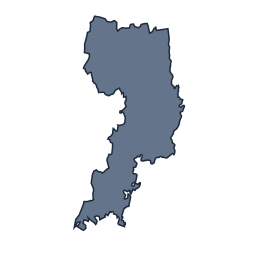 North Kazakhstan, Equal Earth projection, rotated 97°
{"feature_id": "KAZ-3204", "entity_name": "North Kazakhstan", "entity_type": "Region", "adm_level": 1, "iso_a3": "KAZ", "parent_name": "Kazakhstan", "parent_adm1": "", "projection": "equal_earth", "projection_center": [70.634, 53.821], "detail": "fine", "context": "isolated", "style": "filled", "palette": "slate", "viewbox_px": 256, "rotation_deg": 97, "n_neighbors": 0, "source": "natural_earth", "source_scale": "10m", "svg_char_len": 5883}
<svg xmlns="http://www.w3.org/2000/svg" viewBox="0 0 256 256"><g transform="rotate(97 128 128)"><path d="M99.9,74.7L104.5,75.8L105.2,76.5L105.6,77.5L106.2,78.2L107.2,77.9L109.5,76.4L110.1,76.3L113.8,77.4L118.9,77.9L122.3,79.3L123.0,79.8L125.1,81.9L125.9,82.2L128.0,82.4L129.0,82.7L132.6,84.4L133.0,84.4L133.5,84.1L134.4,83.1L134.9,82.8L137.2,82.2L137.5,82.0L137.6,81.3L137.9,80.8L139.0,79.5L139.5,79.4L141.6,80.0L142.2,80.0L143.3,79.6L143.8,79.2L144.9,78.7L146.3,78.6L147.8,78.8L148.9,79.2L148.1,80.1L147.9,80.7L148.2,81.2L152.6,85.3L153.1,86.2L153.0,88.1L152.5,89.6L153.0,90.4L152.5,91.2L152.3,91.8L152.3,92.4L152.5,92.8L153.4,93.6L153.6,94.1L153.5,95.0L153.8,96.1L154.9,96.9L156.3,97.4L157.3,97.6L158.4,97.6L159.0,97.7L159.5,98.0L160.4,99.1L160.7,99.7L160.7,100.5L160.3,100.9L159.8,101.2L158.4,101.5L157.6,102.0L157.4,102.9L157.6,105.3L157.5,105.7L157.6,105.8L158.1,106.2L158.2,106.6L158.1,107.7L158.2,107.9L158.8,108.2L158.9,108.3L158.8,111.0L156.8,111.2L154.8,110.5L153.8,110.5L153.2,110.8L153.0,111.4L153.1,112.6L154.8,112.6L155.1,112.8L155.2,113.3L155.2,114.1L155.1,114.9L154.9,115.3L155.9,115.7L156.3,116.0L157.5,117.7L158.0,118.1L158.6,118.1L159.5,117.6L160.2,117.0L161.6,115.2L162.2,114.8L163.0,114.9L163.8,115.2L164.7,115.4L165.5,115.4L165.7,115.5L166.1,116.2L166.4,117.8L167.0,117.8L168.3,117.3L168.9,117.2L170.0,117.8L170.9,117.9L172.5,117.1L172.7,116.6L172.6,115.2L172.6,114.5L172.9,113.9L173.3,113.5L173.9,113.3L179.0,113.7L179.7,113.8L180.2,114.0L180.7,114.4L182.2,116.6L182.8,117.1L183.6,117.3L184.3,117.2L184.9,117.0L185.2,116.4L185.1,115.5L184.7,115.0L183.1,114.7L182.4,114.4L181.9,114.1L181.9,113.5L182.1,112.8L182.9,111.2L182.6,110.9L181.1,110.1L180.8,109.8L180.8,109.3L181.3,109.0L184.1,109.3L185.0,109.7L186.0,110.5L186.8,111.5L187.2,112.5L187.5,112.8L188.7,113.1L189.1,113.7L189.0,114.1L188.1,115.6L193.0,117.0L192.9,117.2L192.5,117.8L192.2,117.9L191.4,117.9L191.0,118.5L189.9,118.3L189.7,118.4L189.7,118.8L189.8,119.5L190.3,120.0L190.9,120.4L191.3,120.9L191.0,121.7L190.1,123.6L190.1,124.1L190.7,124.5L191.5,124.6L192.3,124.6L192.9,124.3L194.0,123.3L194.6,122.4L195.0,122.2L195.4,122.2L198.1,123.1L198.8,122.9L198.6,121.7L198.1,120.7L197.6,120.1L196.9,119.7L196.0,119.7L193.7,120.0L193.5,119.8L193.7,119.2L194.2,118.2L195.3,117.2L196.7,117.0L203.6,117.6L205.1,117.4L205.5,117.6L205.8,118.0L206.0,118.6L206.1,119.9L207.3,120.3L207.6,120.8L207.9,121.7L208.4,122.1L216.3,123.5L216.7,123.4L216.8,123.2L216.9,122.4L217.1,122.3L218.2,122.4L219.2,123.2L219.5,123.3L220.1,123.1L220.5,122.9L220.5,122.5L220.5,121.7L220.7,121.1L222.2,120.8L222.7,120.3L222.6,119.9L222.2,119.3L222.6,119.1L224.0,118.9L224.4,119.0L224.5,119.8L224.8,119.9L226.3,119.5L225.2,124.7L224.9,125.6L224.3,126.1L223.6,126.2L219.6,125.6L218.9,125.6L218.2,125.9L217.7,126.4L217.2,127.1L218.4,127.8L216.0,128.5L215.6,128.9L215.0,131.9L213.9,132.0L213.4,132.2L213.0,132.6L212.8,133.3L212.9,133.7L213.8,134.5L213.1,135.6L217.4,137.3L216.2,139.4L218.0,140.3L218.3,140.3L219.0,139.7L222.5,144.9L220.7,145.2L219.2,146.0L219.1,148.6L220.2,150.4L222.0,149.3L223.4,147.9L224.6,147.3L225.3,147.8L226.1,147.6L227.7,148.3L225.9,150.3L224.8,152.5L222.6,155.7L221.8,156.7L224.2,155.8L225.6,156.2L225.0,157.6L224.6,160.4L227.9,161.0L229.8,158.2L232.8,157.6L234.9,159.6L234.2,162.1L233.4,163.1L232.8,164.7L231.8,166.8L230.9,165.6L228.0,164.2L227.1,164.1L227.9,166.9L231.5,167.8L233.5,169.2L225.1,168.7L220.2,165.8L209.1,162.9L206.4,162.7L205.8,158.6L204.6,156.6L204.5,154.9L203.0,153.3L202.1,154.1L200.7,154.2L197.4,154.9L194.5,154.5L192.4,154.9L187.0,157.8L178.5,157.6L174.9,156.6L173.4,154.3L174.8,152.6L175.0,149.3L175.8,148.1L174.7,146.6L171.9,144.4L170.0,142.0L163.6,144.6L162.2,145.0L160.6,144.9L159.7,144.3L156.4,143.7L156.4,141.9L156.2,141.5L155.4,140.9L148.7,141.0L145.1,141.5L144.1,143.8L142.0,144.5L141.4,146.7L139.6,145.9L138.0,143.9L135.3,142.5L131.8,142.7L130.2,142.6L131.1,141.2L132.2,140.0L132.5,138.7L131.5,138.2L128.7,138.2L127.3,138.0L126.4,138.5L126.3,136.3L125.3,133.6L124.5,132.6L122.9,131.8L118.3,131.9L114.0,133.9L113.1,135.0L112.8,135.8L114.1,136.8L113.8,138.0L112.2,138.0L111.3,135.5L110.4,135.1L109.4,134.1L106.8,132.4L105.5,133.3L103.9,134.1L101.7,134.0L101.6,133.4L100.7,133.2L98.9,133.5L98.2,133.9L97.0,133.9L97.6,135.6L97.9,136.1L96.4,136.5L93.6,136.9L94.0,138.1L94.6,138.5L92.9,139.0L91.4,140.5L89.5,141.3L91.2,144.1L93.0,145.6L95.8,146.6L96.9,149.0L98.4,151.0L97.5,154.6L95.5,156.0L96.2,161.1L96.4,161.4L93.2,162.6L91.3,164.0L88.9,164.9L87.8,166.2L87.6,167.1L86.6,167.7L85.8,168.9L84.5,168.8L79.1,170.9L77.4,171.1L77.4,172.6L79.4,174.6L76.6,177.1L74.6,177.6L74.6,178.5L74.0,179.5L71.4,178.8L65.3,175.8L61.9,175.0L59.0,175.5L58.5,180.4L53.0,180.8L50.3,181.3L41.3,180.0L38.1,179.9L36.8,177.5L30.5,177.7L27.9,178.4L25.9,175.9L21.1,174.8L21.4,169.1L22.5,163.8L24.6,162.1L25.0,159.6L25.0,158.0L24.3,156.4L23.4,155.6L23.1,154.4L24.7,152.0L30.6,151.4L33.1,150.0L30.7,148.2L29.2,146.1L29.2,142.6L28.5,138.7L25.0,138.2L24.1,135.4L26.6,133.4L27.2,129.9L25.4,127.9L23.7,127.7L22.4,124.5L21.9,121.7L24.8,120.3L31.3,118.1L29.3,115.4L26.2,114.4L24.6,112.7L27.7,111.7L24.6,100.5L33.9,98.1L35.6,97.9L38.9,98.0L40.6,97.9L41.2,97.6L42.2,96.8L42.8,96.6L47.9,96.4L48.7,96.3L50.3,95.6L51.1,95.5L53.1,95.5L54.1,95.3L54.8,94.8L55.4,94.0L56.0,93.5L56.8,93.3L58.5,93.6L60.2,93.4L64.9,93.5L66.9,93.0L68.5,92.0L70.1,90.3L70.9,89.9L71.8,89.7L72.6,89.7L75.2,90.6L79.3,90.1L79.7,89.8L80.0,89.0L80.5,88.8L80.8,88.5L81.1,87.5L81.6,87.2L82.4,87.2L83.0,87.0L83.1,86.4L81.0,85.4L80.0,84.7L80.5,83.7L79.7,83.2L81.4,82.5L81.9,82.4L83.1,82.8L83.6,82.8L84.9,82.4L85.6,82.4L87.6,82.8L89.3,82.3L90.9,82.4L91.2,82.1L91.3,81.7L91.2,80.8L91.6,80.5L92.8,79.9L93.0,79.4L93.0,78.1L93.5,77.0L94.1,77.3L96.7,77.6L97.3,77.8L97.8,78.2L99.3,79.8L99.9,80.0L100.5,79.7L100.8,79.3L100.9,78.7L100.7,77.5L99.6,77.0L99.2,76.7L98.8,75.4L98.8,75.1L99.0,74.9L99.5,74.7L99.9,74.7Z" fill="#64748b" stroke="#1e293b" stroke-width="1.5"/></g></svg>